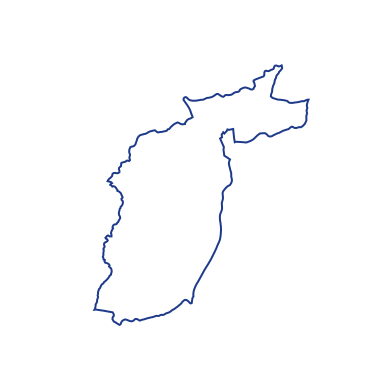 outline of Webuye East, Western, Kenya, rotated 200°
{"feature_id": "3690345B7526977746919", "entity_name": "Webuye East", "entity_type": "district", "adm_level": 2, "iso_a3": "KEN", "parent_name": "Kenya", "parent_adm1": "Western", "projection": "albers", "projection_center": [34.784, 0.653], "detail": "fine", "context": "isolated", "style": "outline", "palette": "blue", "viewbox_px": 384, "rotation_deg": 200, "n_neighbors": 0, "source": "geoboundaries", "source_scale": "gbopen_adm2", "svg_char_len": 6055}
<svg xmlns="http://www.w3.org/2000/svg" viewBox="0 0 384 384"><g transform="rotate(200 192 192)"><path d="M154.9,94.3L155.8,96.3L156.4,98.9L156.6,100.5L156.6,102.5L156.4,106.0L155.4,111.3L154.2,119.0L153.6,123.1L152.0,130.6L151.1,135.7L150.2,143.7L149.9,147.3L149.8,150.6L149.5,154.6L149.5,157.0L149.9,159.4L150.6,162.4L151.7,166.1L153.2,169.8L154.0,171.3L154.7,172.8L156.0,175.0L156.5,176.1L157.5,178.7L157.8,179.9L157.9,182.4L157.8,184.5L158.0,186.5L159.0,189.0L160.2,191.7L160.6,196.1L161.1,197.6L162.6,200.8L163.0,202.1L162.9,203.5L162.4,205.2L161.6,207.4L160.6,209.4L158.8,211.5L158.4,212.9L158.2,214.1L158.2,215.1L158.4,216.5L159.3,218.3L160.3,219.7L161.3,222.3L161.7,223.3L162.6,224.6L163.4,225.6L166.9,230.9L167.4,232.5L167.5,234.2L167.4,235.6L169.3,236.1L174.1,237.2L176.9,242.6L177.1,243.6L177.4,245.1L183.9,251.9L182.5,253.7L183.3,255.2L183.8,256.2L183.4,257.1L183.1,258.8L181.6,258.0L180.2,261.3L180.1,262.9L178.6,263.0L174.9,265.3L170.7,256.7L168.8,253.4L167.7,254.3L163.1,255.7L157.9,257.1L156.8,258.0L154.2,260.3L152.4,262.5L151.6,264.0L149.8,267.8L148.1,270.3L145.2,271.6L143.7,272.2L142.1,272.0L140.9,271.5L139.5,270.7L138.1,270.7L137.0,271.1L135.8,272.0L134.9,273.2L133.5,274.6L132.2,276.0L130.8,277.0L129.4,278.4L127.7,280.4L124.3,283.1L123.3,283.7L122.3,284.9L121.6,286.3L120.5,287.6L119.2,287.6L118.1,287.3L116.6,287.5L115.3,288.2L114.5,288.9L113.3,289.7L112.0,290.0L111.2,290.9L110.4,292.0L109.8,293.5L109.3,294.6L109.0,297.2L109.0,298.5L110.2,301.5L110.6,302.8L110.8,305.4L111.6,306.6L112.3,308.1L112.3,309.2L112.4,310.6L113.3,311.7L113.8,313.0L114.1,315.4L114.2,317.1L114.1,318.6L115.1,318.2L116.3,317.2L117.4,316.1L118.2,315.4L119.3,315.2L123.3,312.6L125.9,311.3L128.4,309.9L129.5,309.6L130.5,309.3L131.9,309.3L133.4,310.1L135.0,310.0L137.4,309.6L139.8,309.1L141.9,308.5L143.1,308.2L147.0,308.0L148.6,308.0L150.6,308.8L151.1,310.9L151.0,312.4L151.1,313.9L151.8,316.2L151.9,317.4L152.1,319.7L151.8,322.3L152.1,323.4L152.3,324.7L152.4,326.4L152.1,327.5L152.3,328.8L152.3,330.5L151.3,333.0L151.2,334.7L150.7,335.9L150.2,336.9L149.6,339.1L150.3,340.5L151.1,341.6L152.1,340.5L153.3,339.7L156.0,339.7L157.2,339.1L157.6,338.0L157.5,336.9L157.5,335.6L158.4,334.6L159.6,333.7L160.3,332.8L161.3,331.8L162.8,331.4L164.0,331.3L164.8,330.5L164.9,329.2L164.0,326.2L164.4,325.0L166.1,323.6L170.6,319.7L172.0,318.2L172.2,317.1L170.9,316.0L169.0,313.0L169.5,311.3L169.5,309.9L170.5,308.9L171.7,308.5L173.6,308.7L175.5,308.7L176.9,308.6L178.0,308.3L179.1,307.7L181.3,305.5L181.9,304.6L182.0,303.1L182.8,302.0L185.3,300.6L186.3,299.6L187.2,298.4L187.8,297.4L189.0,296.4L190.0,295.9L191.4,295.3L192.6,295.1L193.8,294.5L194.4,293.2L195.1,292.2L196.7,292.0L200.0,292.8L201.1,293.0L202.3,292.5L203.4,291.1L204.0,290.2L205.0,288.9L206.3,287.7L207.9,286.6L209.2,286.0L210.4,285.3L212.3,283.3L213.2,282.5L215.1,281.7L217.8,280.1L219.3,279.3L221.0,278.6L222.6,278.0L224.2,277.7L225.4,277.6L226.7,277.8L228.7,278.7L230.2,279.1L231.4,278.3L231.8,277.1L231.5,275.7L230.1,274.7L226.9,272.5L225.1,271.2L222.7,269.2L221.3,267.7L218.9,264.7L217.9,263.7L217.0,262.5L217.9,261.4L218.9,260.3L220.1,259.4L221.1,258.1L222.1,254.8L221.8,253.5L223.6,252.6L225.0,252.1L226.3,252.1L227.8,252.4L229.4,252.4L230.6,251.2L231.8,249.9L232.7,248.5L234.1,245.9L235.0,243.3L236.3,242.5L236.6,241.1L237.7,240.2L238.7,239.6L240.7,238.3L242.6,237.4L243.8,236.6L244.7,236.3L246.0,236.6L247.5,237.2L248.7,237.0L250.3,235.8L251.9,234.8L253.1,233.6L254.0,232.6L254.8,231.5L255.6,230.8L256.7,230.2L257.6,229.5L259.6,228.1L260.5,227.2L261.2,225.9L261.5,224.6L261.7,223.1L261.5,221.2L261.5,219.0L261.5,217.4L261.8,216.3L262.6,215.0L265.2,213.3L265.4,211.3L265.3,210.0L264.8,208.4L264.2,207.3L262.9,205.7L262.6,202.8L261.2,200.8L261.7,199.6L263.3,199.5L264.2,199.0L264.8,197.8L267.7,195.8L268.4,194.8L267.8,193.2L267.6,191.9L268.5,190.5L268.8,189.5L268.5,188.4L267.4,187.1L267.0,185.8L267.8,184.6L269.0,183.9L270.7,183.7L272.3,182.9L272.9,181.5L272.5,179.8L273.3,177.7L274.3,176.2L274.8,174.8L275.0,173.3L271.6,173.6L270.2,173.0L270.9,172.1L271.3,170.8L269.8,170.5L268.7,169.8L267.8,170.6L266.4,170.6L265.1,170.1L264.1,169.2L262.9,168.5L262.5,167.5L261.4,167.6L260.0,167.2L258.4,166.5L257.3,165.2L256.1,164.1L255.3,163.1L256.0,161.4L255.3,160.4L254.0,159.8L253.3,158.4L253.1,157.2L253.1,156.1L253.4,154.8L254.0,153.6L253.7,152.5L254.1,151.5L253.7,148.1L253.5,147.0L252.7,145.5L251.3,144.3L250.5,142.8L251.1,139.9L251.0,138.6L251.7,137.7L251.8,136.5L252.5,135.6L253.9,134.9L254.5,133.9L254.7,132.9L254.6,131.5L253.7,130.8L254.1,129.1L254.2,127.1L254.1,125.6L253.1,124.5L252.5,122.7L254.3,122.1L255.9,122.5L256.8,121.7L257.2,120.4L257.7,119.4L256.9,118.7L255.6,118.6L254.6,117.7L254.9,116.6L255.5,115.8L256.4,114.9L257.0,113.7L256.6,112.2L255.6,111.2L255.4,110.0L255.8,108.8L255.6,107.8L254.9,107.0L254.5,104.6L254.1,103.4L253.6,102.1L253.6,100.5L252.5,99.5L252.0,98.3L250.6,98.3L250.5,96.9L249.4,95.9L247.8,96.1L246.5,96.0L245.2,95.6L244.3,94.7L244.5,93.7L243.4,93.0L242.1,92.6L241.1,91.5L240.4,90.2L240.1,88.8L240.2,87.7L239.8,86.7L240.8,85.0L241.0,83.4L241.3,82.2L242.8,78.8L243.8,77.4L244.0,75.9L244.9,74.7L245.4,73.3L245.6,70.1L246.2,68.9L246.0,65.6L245.5,64.3L245.3,62.6L244.3,61.2L244.3,59.6L244.2,57.9L243.7,56.6L243.8,54.8L244.1,53.4L243.7,52.3L243.4,50.6L243.2,49.1L243.4,48.0L242.1,48.7L238.8,49.3L233.7,50.4L230.9,50.8L225.4,51.8L224.3,50.9L223.4,49.8L223.1,48.7L223.6,47.8L223.6,46.6L223.2,45.2L221.1,43.5L219.7,43.4L215.8,42.5L214.5,42.4L213.9,43.5L213.8,46.2L213.2,47.4L212.5,48.3L211.4,49.3L209.8,49.6L207.4,49.5L205.9,49.5L204.3,49.9L202.9,51.2L202.2,52.8L201.4,53.5L199.9,53.8L198.7,53.5L197.0,53.3L195.5,54.7L193.4,56.0L191.0,57.9L190.0,58.6L185.8,61.3L184.2,62.6L183.0,63.5L181.8,63.8L180.6,64.3L179.8,65.3L178.7,66.2L177.5,66.4L176.1,67.4L175.2,68.7L173.8,69.9L172.6,70.8L171.5,72.1L170.0,74.6L169.1,75.4L168.3,76.5L167.6,77.6L166.2,79.6L165.8,80.5L164.7,82.2L164.0,83.6L163.6,85.2L162.8,86.9L161.6,88.3L160.2,88.6L159.0,88.3L157.9,88.0L156.7,87.3L155.3,86.8L154.3,87.4L154.5,88.7L154.9,90.4L155.3,92.6L154.9,94.3Z" fill="none" stroke="#1e3a8a" stroke-width="2"/></g></svg>